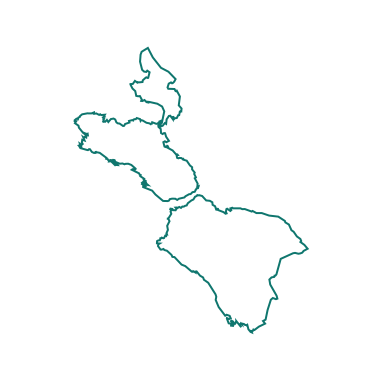 the district of Inderøy nor, Nord-Trøndelag, Norway, rotated 257°
{"feature_id": "86288312B4648926178288", "entity_name": "Inderøy nor", "entity_type": "district", "adm_level": 2, "iso_a3": "NOR", "parent_name": "Norway", "parent_adm1": "Nord-Trøndelag", "projection": "orthographic", "projection_center": [11.117, 63.848], "detail": "fine", "context": "isolated", "style": "outline", "palette": "teal", "viewbox_px": 384, "rotation_deg": 257, "n_neighbors": 0, "source": "geoboundaries", "source_scale": "gbopen_adm2", "svg_char_len": 6073}
<svg xmlns="http://www.w3.org/2000/svg" viewBox="0 0 384 384"><g transform="rotate(257 192 192)"><path d="M110.7,291.9L115.2,289.6L118.9,286.4L119.7,287.4L121.9,287.0L125.1,284.2L130.4,282.1L132.4,280.3L138.5,279.1L141.4,276.1L142.9,276.0L148.6,270.5L151.7,261.8L155.8,255.2L157.0,250.0L159.5,247.2L159.9,246.7L159.5,245.8L163.5,239.6L164.0,237.1L165.2,235.5L166.8,228.5L167.6,227.7L167.4,225.8L165.6,226.3L164.9,225.1L167.8,222.5L167.6,221.7L165.2,220.6L163.4,220.9L163.3,219.8L165.3,218.2L168.4,213.6L169.7,213.5L170.1,212.4L170.1,212.2L169.7,213.3L168.9,213.1L169.2,212.1L169.8,212.3L169.3,212.0L169.5,211.6L172.9,211.3L174.9,209.2L177.4,209.5L179.4,207.4L180.6,203.9L185.8,201.0L187.2,198.5L187.1,198.0L187.8,196.5L187.1,195.8L186.7,193.9L184.4,191.7L183.9,189.5L182.0,185.4L180.1,183.8L180.1,182.1L179.6,180.7L180.0,179.3L179.0,177.7L180.3,176.2L179.6,174.2L180.3,173.8L180.5,172.5L179.2,173.2L177.9,171.9L178.6,169.4L179.9,169.1L180.6,167.3L180.0,166.9L179.0,167.8L177.7,166.7L175.4,166.9L171.5,163.0L171.7,161.6L171.0,163.0L168.6,163.5L164.6,160.2L160.5,160.0L157.8,158.0L156.3,158.1L156.6,157.5L154.9,156.9L155.4,156.0L153.5,154.5L153.4,153.6L154.3,152.3L153.8,151.8L154.1,150.8L152.2,149.8L152.4,148.2L152.0,146.9L149.9,146.3L149.1,148.9L148.6,147.4L147.0,146.7L143.0,148.4L142.7,149.5L142.9,151.4L141.7,152.0L140.4,154.4L135.3,157.9L133.2,158.3L132.5,160.3L123.6,165.5L121.3,168.8L114.4,173.9L114.1,174.8L114.6,175.3L112.7,177.3L113.7,177.4L113.6,178.6L108.7,181.0L106.2,183.6L103.8,183.9L99.9,187.4L87.0,191.9L84.5,192.1L81.5,190.8L73.9,192.1L64.0,196.5L64.6,198.1L62.9,200.8L60.2,201.3L59.9,199.5L61.3,197.7L60.9,197.5L55.8,198.2L54.8,200.6L53.0,200.0L52.3,201.9L53.3,202.6L54.1,201.3L54.6,202.1L57.4,200.9L57.8,201.5L56.4,203.0L53.8,203.2L54.3,204.0L54.0,204.3L55.6,205.6L55.1,206.1L56.1,206.2L49.2,209.5L52.3,208.8L52.5,209.2L52.1,209.4L53.0,210.1L51.6,211.0L52.6,211.0L51.6,213.0L50.4,213.9L50.3,214.9L49.2,215.6L49.6,216.0L45.5,216.1L42.5,217.6L41.7,218.7L43.3,218.5L42.8,219.8L44.2,220.9L43.5,221.8L45.8,227.0L47.3,233.6L50.3,232.2L51.1,235.0L60.0,239.1L69.3,244.6L70.5,246.9L68.7,249.7L68.9,251.2L71.9,251.1L84.2,247.4L89.3,247.7L90.9,250.3L90.8,253.0L91.9,253.6L91.7,254.4L92.7,255.7L106.9,263.4L109.6,276.7L109.5,278.7L107.9,281.8L107.8,283.7L108.1,285.8L109.5,287.5L110.7,291.9ZM290.1,98.1L288.7,97.3L289.4,96.7L289.4,95.9L288.3,93.8L287.5,93.6L287.0,95.1L285.4,93.4L282.2,96.3L280.1,96.3L274.3,99.1L273.2,100.0L273.8,100.2L272.6,101.7L272.1,101.6L272.5,102.0L271.9,102.5L272.2,103.4L270.6,103.3L271.1,101.9L268.9,101.2L269.9,100.0L269.1,99.1L270.0,98.3L266.3,98.9L267.6,96.8L265.0,95.8L263.4,96.3L262.7,95.0L264.3,93.6L262.9,93.7L262.7,92.1L261.5,92.7L262.2,93.7L262.0,94.3L261.0,94.3L261.1,93.3L260.7,92.8L259.9,93.1L256.4,99.5L256.2,100.1L256.9,101.3L256.7,102.1L253.5,103.5L252.1,105.3L251.8,106.8L253.5,107.3L252.5,107.4L250.9,110.9L244.4,116.4L243.7,115.9L243.0,117.2L241.7,117.6L241.3,118.7L240.4,118.1L240.2,120.0L235.4,123.1L235.6,123.6L234.9,125.8L236.5,125.2L239.7,121.6L240.0,120.2L241.3,120.2L240.8,121.6L241.1,122.2L240.5,123.7L238.6,124.1L235.8,128.0L235.4,130.7L234.2,132.5L234.4,133.4L233.9,136.2L232.0,139.0L227.4,142.3L226.9,142.0L227.6,139.2L227.2,138.3L222.0,144.7L220.5,144.9L220.0,145.8L219.0,145.2L215.6,148.4L214.9,147.7L213.3,149.2L212.9,148.6L211.1,149.8L213.2,147.4L212.4,145.8L211.0,147.8L211.3,148.8L208.7,150.7L210.5,146.5L210.2,146.3L211.7,144.4L208.2,147.7L208.1,146.7L207.7,146.6L208.1,145.6L207.8,145.5L202.3,153.5L197.8,155.8L189.8,161.8L188.6,166.4L188.9,167.8L190.0,168.7L190.0,171.1L189.2,174.2L187.6,175.8L188.4,177.8L188.4,183.4L189.3,184.6L190.5,188.7L190.3,190.2L191.7,192.4L191.6,194.7L194.5,197.3L194.9,198.8L194.4,198.0L194.4,198.7L195.3,199.2L195.1,198.8L195.8,198.4L196.3,199.5L197.4,198.8L198.9,199.4L204.8,197.8L205.4,199.1L209.1,198.2L210.3,199.0L214.0,197.2L216.1,197.7L218.3,196.0L223.7,193.9L225.1,191.4L226.1,191.0L225.8,190.5L227.4,189.4L228.1,187.3L227.9,186.3L228.6,185.2L231.1,185.2L231.4,185.4L231.2,186.5L231.9,186.2L232.5,184.8L236.8,182.5L241.4,177.3L241.7,178.3L241.4,178.8L242.3,178.6L242.6,178.2L241.8,177.2L242.2,176.6L241.9,176.1L242.5,175.4L247.0,175.3L247.5,177.0L246.3,178.2L247.0,181.0L251.7,179.2L255.3,179.0L255.7,178.1L255.1,176.4L256.4,175.1L260.4,175.7L262.9,174.0L264.3,174.1L266.4,176.1L267.1,174.9L266.3,173.8L266.5,172.5L268.9,168.9L267.6,168.2L267.8,167.1L267.5,166.9L268.5,165.9L269.7,163.2L272.7,160.1L273.5,158.6L272.9,157.9L274.7,157.8L276.5,154.8L275.6,153.6L275.9,152.1L275.6,151.1L274.9,150.8L275.5,149.7L275.4,146.6L273.8,146.7L273.3,142.1L271.8,140.8L271.8,139.7L275.0,136.8L275.6,135.1L276.9,134.0L279.9,133.5L281.2,132.1L281.3,129.3L279.0,126.2L281.4,125.3L280.0,123.3L280.8,121.9L279.5,121.2L280.8,121.7L280.3,120.5L280.9,121.8L283.0,122.0L283.3,122.8L284.3,122.3L284.5,122.8L284.2,123.4L284.8,122.7L285.0,123.7L285.6,123.3L286.9,124.5L287.4,120.8L288.4,120.0L288.0,118.9L290.1,116.4L290.2,114.0L291.1,112.9L291.2,114.3L291.6,114.4L291.2,111.7L292.2,107.6L292.4,102.4L291.2,100.0L290.4,99.6L290.1,98.1ZM342.3,181.4L340.0,174.5L337.4,172.8L330.7,170.7L322.3,170.9L320.1,172.4L319.3,174.4L320.3,175.7L318.2,177.6L313.1,175.0L313.2,174.2L314.0,173.3L313.8,172.6L311.9,169.2L310.3,168.5L310.8,164.6L311.3,163.8L310.9,163.3L313.1,161.4L310.6,158.6L311.0,156.3L310.6,156.2L306.2,157.3L303.1,159.4L298.2,159.3L297.4,161.0L297.2,162.8L292.9,164.0L292.6,163.8L292.5,163.2L292.2,163.0L291.8,164.1L292.3,166.4L289.8,167.9L289.2,169.2L289.9,169.1L289.3,170.8L285.8,178.1L282.0,182.1L276.8,183.1L267.2,178.7L268.4,178.1L268.1,176.5L265.9,177.5L263.5,175.5L262.8,176.1L263.2,178.4L265.3,181.0L264.2,182.1L268.5,183.6L271.3,186.6L271.2,188.0L267.5,189.6L269.4,189.9L269.3,190.8L267.3,191.2L267.7,191.8L267.5,193.8L269.9,195.8L269.8,196.8L273.0,198.2L272.8,198.7L273.3,199.2L273.0,199.7L275.7,200.6L279.4,198.6L287.8,201.7L293.6,200.1L293.3,199.9L294.0,198.7L296.3,198.1L297.9,192.1L299.4,191.7L302.8,193.7L303.5,196.2L302.4,197.0L302.5,197.8L303.5,199.5L305.7,201.4L314.5,196.1L320.0,189.7L331.9,184.1L342.3,181.4Z" fill="none" stroke="#0f766e" stroke-width="2"/></g></svg>